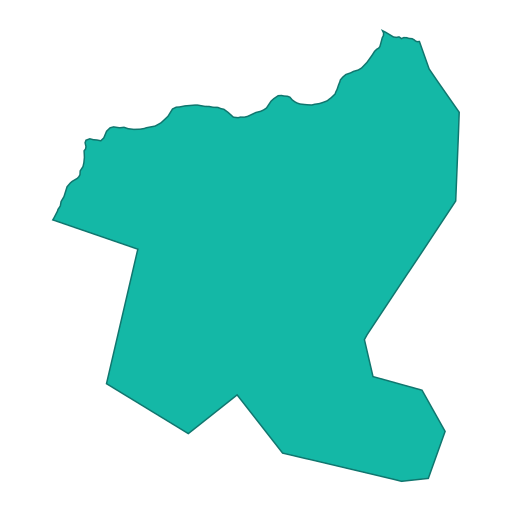 outline of Floriano, Piauí, Brazil
{"feature_id": "56859067B20449899107931", "entity_name": "Floriano", "entity_type": "district", "adm_level": 2, "iso_a3": "BRA", "parent_name": "Brazil", "parent_adm1": "Piauí", "projection": "orthographic", "projection_center": [-43.121, -7.002], "detail": "fine", "context": "isolated", "style": "filled", "palette": "teal", "viewbox_px": 512, "rotation_deg": 0, "n_neighbors": 0, "source": "geoboundaries", "source_scale": "gbopen_adm2", "svg_char_len": 1871}
<svg xmlns="http://www.w3.org/2000/svg" viewBox="0 0 512 512"><path d="M84.1,150.8L84.3,154.7L84.4,157.5L83.9,162.6L83.0,166.6L80.2,170.9L80.0,174.7L78.9,176.7L77.4,178.3L72.3,181.3L70.5,182.8L67.1,186.7L64.0,196.6L61.1,201.5L60.3,206.0L58.0,209.4L57.5,211.1L54.1,217.7L52.8,219.9L137.9,249.2L137.3,251.4L106.5,383.7L188.3,433.6L237.1,394.9L250.8,412.4L282.6,453.1L305.9,458.6L308.7,459.2L394.0,479.4L401.5,481.3L428.3,478.4L445.1,431.4L422.0,390.2L373.0,376.6L364.4,339.6L367.2,334.5L407.6,273.5L409.2,271.2L420.9,253.7L455.7,201.0L458.5,132.0L459.2,112.3L437.2,80.8L429.1,68.9L419.4,41.5L417.3,41.7L415.6,41.1L414.1,39.8L412.1,38.7L408.8,38.4L406.7,37.7L403.7,37.6L401.5,38.6L399.0,36.9L396.4,37.4L393.5,37.0L385.5,32.2L382.5,30.7L383.6,33.0L383.4,35.7L382.3,37.7L379.9,46.6L378.6,48.2L376.8,49.2L374.6,51.3L372.2,55.1L366.9,62.5L361.6,68.0L358.3,70.0L353.5,71.4L350.6,72.9L345.9,74.5L342.8,77.1L340.4,79.9L339.9,81.7L338.6,84.9L337.1,89.4L335.8,92.0L335.1,94.0L331.1,97.8L329.1,99.3L327.4,100.7L325.5,101.5L322.2,102.7L319.3,103.6L316.6,104.0L314.5,104.3L311.9,105.0L309.5,104.9L307.6,104.8L304.4,104.5L299.9,104.0L297.0,103.0L294.8,101.8L292.2,99.9L289.9,97.2L287.6,96.3L283.9,96.0L281.5,95.5L278.2,95.7L273.9,98.6L271.1,101.1L266.5,108.0L263.7,109.9L260.7,111.3L255.9,112.5L247.6,116.4L244.3,117.2L240.5,117.1L238.1,117.7L233.4,117.2L228.2,112.5L223.9,109.3L220.8,108.6L217.8,107.4L213.1,107.3L209.2,106.5L204.9,106.4L197.6,105.1L194.8,105.1L185.0,105.9L179.4,107.0L176.2,107.2L172.5,109.0L168.0,116.3L165.8,118.4L164.2,119.9L160.9,122.9L159.3,123.8L155.1,126.1L151.3,126.8L146.2,127.8L144.3,128.5L140.1,129.2L133.8,129.4L128.1,128.7L124.0,127.3L119.6,127.8L113.6,126.9L110.1,127.8L106.6,131.2L103.8,137.9L100.8,140.8L96.9,140.0L93.3,139.7L89.8,138.8L86.0,140.2L85.1,142.7L86.0,146.8L85.5,149.1L84.1,150.8Z" fill="#14b8a6" stroke="#0f766e" stroke-width="1.5"/></svg>